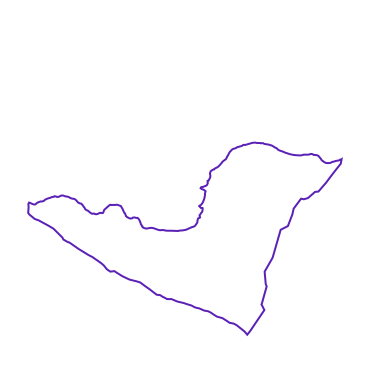 Varisu, Shefa, Vanuatu, rotated 305°
{"feature_id": "77236927B71259350499613", "entity_name": "Varisu", "entity_type": "district", "adm_level": 2, "iso_a3": "VUT", "parent_name": "Vanuatu", "parent_adm1": "Shefa", "projection": "orthographic", "projection_center": [168.263, -16.675], "detail": "fine", "context": "isolated", "style": "outline", "palette": "violet", "viewbox_px": 384, "rotation_deg": 305, "n_neighbors": 0, "source": "geoboundaries", "source_scale": "gbopen_adm2", "svg_char_len": 4925}
<svg xmlns="http://www.w3.org/2000/svg" viewBox="0 0 384 384"><g transform="rotate(305 192 192)"><path d="M304.7,295.7L303.8,295.3L303.5,294.8L303.0,294.7L302.8,294.6L302.7,294.5L302.2,294.2L301.7,293.8L300.8,292.9L300.2,292.2L299.4,291.6L298.4,290.9L297.3,289.8L296.3,289.2L295.7,289.0L295.0,288.4L294.3,287.7L293.5,286.5L292.7,285.2L292.3,283.1L292.4,281.7L292.4,280.3L292.6,279.6L293.2,278.2L293.6,276.5L294.1,274.8L293.8,273.3L293.8,273.2L293.2,272.0L292.5,270.9L292.1,270.3L292.2,269.3L291.9,268.4L291.3,267.4L290.6,267.0L289.7,266.3L288.8,265.2L287.7,263.6L286.7,262.2L286.0,261.5L285.1,260.9L284.1,259.8L283.5,258.8L282.6,257.4L282.0,256.4L280.7,254.1L279.9,252.3L279.4,251.2L278.9,249.8L278.4,248.0L277.7,245.8L277.2,243.2L276.7,241.5L276.2,239.9L276.0,237.9L276.4,236.6L276.2,235.2L276.1,234.7L276.0,233.2L275.9,231.1L275.6,230.0L275.3,229.1L274.8,227.6L273.8,225.6L272.9,223.7L272.7,222.1L272.0,221.1L271.4,220.6L271.3,219.9L270.8,219.1L270.2,218.3L269.5,217.3L268.7,215.4L267.7,214.2L266.5,212.9L265.4,212.1L263.7,210.7L261.9,209.3L260.9,208.4L260.4,207.4L259.6,206.8L258.7,206.6L257.6,205.8L256.1,204.6L254.8,203.4L253.6,203.0L252.5,202.3L251.4,201.4L250.5,200.8L249.7,200.5L249.5,200.4L248.6,200.3L247.7,200.2L246.6,200.0L244.9,200.1L243.3,200.4L242.5,200.5L241.1,200.4L240.0,200.8L238.5,200.9L237.4,200.6L235.9,200.1L234.6,199.7L233.2,199.6L232.6,199.6L231.8,199.5L231.0,199.4L230.5,199.4L228.5,199.1L227.3,198.8L226.6,198.5L225.4,197.8L224.1,197.2L223.1,197.1L222.9,196.7L222.1,196.3L220.8,195.7L219.7,195.4L218.7,195.7L217.6,196.0L216.1,197.5L215.0,198.3L214.7,198.4L213.6,198.7L212.4,198.8L211.2,199.0L210.8,199.0L210.5,199.0L210.1,198.4L209.9,198.5L209.5,199.0L208.7,199.3L208.0,200.0L207.2,200.1L205.9,200.2L204.7,199.6L204.1,199.1L202.7,198.3L201.7,197.2L200.9,196.7L200.0,196.9L200.0,198.0L200.4,199.7L200.6,201.2L200.4,202.4L200.4,202.7L199.6,203.0L198.8,203.3L197.8,203.7L196.9,204.5L195.8,204.9L194.1,205.7L192.5,206.2L192.3,206.2L190.5,206.7L188.6,206.9L187.1,206.8L186.3,206.7L186.2,206.6L185.4,206.2L184.7,205.9L184.5,206.1L184.4,207.0L184.1,208.5L184.9,209.8L184.7,210.0L184.5,210.3L183.4,210.9L182.5,211.4L181.1,211.7L180.9,211.7L179.8,211.5L178.7,211.6L177.8,211.6L177.3,211.5L176.7,212.2L176.3,212.4L176.0,213.1L175.5,213.2L174.7,212.7L174.0,212.2L172.8,212.4L171.6,213.0L170.4,213.7L169.1,213.9L168.4,213.9L167.1,213.9L166.6,213.9L165.6,213.8L164.2,213.0L162.8,211.8L161.1,210.9L159.8,210.0L158.1,209.1L156.7,207.9L154.7,205.8L153.4,204.1L152.2,203.1L150.9,201.2L150.2,200.0L149.7,199.3L148.3,197.1L146.4,194.4L145.3,192.6L144.5,190.6L143.6,189.2L142.3,187.7L141.4,185.4L140.9,183.4L140.5,181.9L139.8,180.1L139.0,178.8L138.3,178.0L137.2,177.0L135.8,175.5L135.1,173.8L134.8,172.1L135.1,171.2L135.4,171.1L135.5,170.3L135.9,169.7L136.3,168.6L137.0,167.8L137.8,166.6L138.7,165.2L139.2,164.1L139.6,162.3L138.9,161.4L138.6,160.7L138.2,159.5L137.2,158.3L135.9,157.9L135.7,157.7L134.9,156.7L134.5,155.4L134.2,153.4L134.4,151.8L135.1,150.8L136.0,149.5L136.2,148.3L136.8,147.3L138.2,145.0L139.1,143.1L139.7,141.6L139.2,140.1L138.8,138.4L137.9,137.0L137.0,136.2L136.4,135.0L135.4,133.9L134.8,132.9L134.6,132.3L133.6,131.9L132.0,131.5L130.2,131.1L129.0,130.8L127.3,130.4L126.3,130.5L124.2,131.1L123.5,130.9L122.9,130.0L122.5,129.1L121.9,128.3L120.9,127.9L119.6,127.1L118.7,126.1L118.3,125.2L118.2,124.3L117.7,123.6L117.0,122.9L116.7,121.5L116.7,120.1L116.9,118.9L117.0,117.4L116.6,116.0L116.7,114.4L117.1,113.7L117.5,112.9L117.8,111.7L118.3,110.6L118.7,109.2L118.9,107.8L118.3,106.5L118.0,104.7L118.3,103.7L118.8,101.8L118.9,100.3L118.7,99.2L118.0,98.0L117.4,96.3L117.2,94.2L116.8,92.7L115.8,90.8L115.4,89.2L115.1,88.3L114.2,87.1L113.3,86.4L112.1,85.9L110.7,84.7L110.2,82.9L109.8,82.2L109.7,81.8L108.7,81.4L107.4,80.1L105.8,79.1L104.5,78.0L103.1,77.0L101.2,76.0L100.6,75.9L100.2,75.8L99.7,75.7L98.2,74.6L97.3,73.3L95.7,72.2L94.3,71.3L93.1,71.1L91.6,70.5L91.0,69.4L90.6,68.0L90.3,66.2L89.9,64.6L88.4,64.8L85.8,66.9L80.9,69.8L80.3,71.6L79.7,78.6L80.8,82.6L82.1,94.1L82.5,99.7L81.4,105.9L80.3,112.1L79.3,113.8L79.7,118.7L80.3,120.7L80.3,123.6L80.3,126.4L80.3,131.8L81.0,143.3L81.6,147.8L81.6,149.7L81.6,158.7L81.2,162.1L79.9,166.4L79.9,170.7L82.7,173.9L82.7,176.4L83.1,183.3L84.4,191.0L87.2,198.3L88.2,201.5L88.0,207.5L88.0,212.6L87.6,222.0L89.3,225.2L89.3,226.9L89.3,228.4L89.7,229.9L89.9,232.0L89.9,232.7L91.2,234.8L92.5,236.5L93.3,240.2L93.8,242.5L94.0,243.2L96.3,248.9L97.2,252.1L98.7,256.6L99.1,260.2L99.8,262.4L100.8,264.7L101.9,270.1L103.6,273.7L104.0,276.9L104.0,279.3L104.2,283.8L106.2,289.5L106.2,291.0L106.4,294.3L106.4,297.7L108.1,301.7L108.5,304.7L107.9,314.8L106.8,319.1L111.3,319.4L136.8,319.0L139.8,313.4L140.2,313.4L157.5,307.3L159.0,305.1L168.4,297.2L184.5,295.7L211.9,286.3L219.1,290.1L231.1,287.1L236.7,284.8L249.1,285.2L250.2,287.8L253.6,290.5L262.6,292.7L264.9,295.3L272.8,296.1L276.5,296.5L288.2,296.9L300.6,297.6L304.7,295.7Z" fill="none" stroke="#5b21b6" stroke-width="2"/></g></svg>